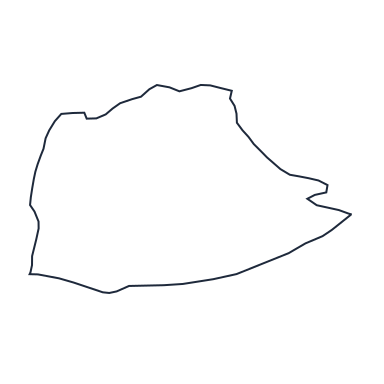 the district of VI-3 Black Bush Polder, East Berbice-Corentyne, Guyana, rotated 95°
{"feature_id": "73187651B65372022493743", "entity_name": "VI-3 Black Bush Polder", "entity_type": "district", "adm_level": 2, "iso_a3": "GUY", "parent_name": "Guyana", "parent_adm1": "East Berbice-Corentyne", "projection": "equal_earth", "projection_center": [-57.284, 6.065], "detail": "fine", "context": "isolated", "style": "outline", "palette": "slate", "viewbox_px": 384, "rotation_deg": 95, "n_neighbors": 0, "source": "geoboundaries", "source_scale": "gbopen_adm2", "svg_char_len": 1096}
<svg xmlns="http://www.w3.org/2000/svg" viewBox="0 0 384 384"><g transform="rotate(95 192 192)"><path d="M288.0,346.6L287.5,338.3L289.6,316.9L292.5,302.1L299.7,272.1L299.8,265.6L297.6,258.4L291.1,246.6L287.3,211.9L284.4,193.1L277.0,163.2L269.9,140.5L244.4,90.2L241.4,86.0L233.3,74.5L224.6,58.1L217.5,49.3L200.8,31.8L200.3,31.8L199.9,34.0L197.2,44.1L195.9,54.1L194.3,66.6L188.7,76.5L184.2,69.4L180.7,58.2L173.3,57.6L169.5,67.0L168.1,76.9L167.1,86.6L166.3,96.0L161.5,105.9L151.0,120.3L145.0,127.3L138.9,134.6L132.2,140.5L126.2,147.0L119.1,153.3L110.1,154.5L102.5,157.1L95.6,162.3L87.7,161.2L85.8,173.4L84.2,183.1L84.6,192.6L88.6,201.5L92.8,213.3L89.7,223.5L88.5,236.3L93.3,243.4L101.5,251.1L104.7,259.7L109.8,271.3L115.8,278.4L122.2,284.7L127.0,293.7L128.1,303.3L122.4,306.2L123.7,317.7L125.6,329.0L133.4,334.8L143.0,339.6L151.2,342.5L161.9,343.7L168.8,345.8L177.8,348.2L185.4,349.8L192.7,350.7L202.2,351.5L211.2,352.1L219.1,352.2L225.2,347.2L234.8,342.3L241.7,341.6L252.6,343.0L261.6,344.4L269.8,345.7L278.8,345.0L286.0,345.9L288.0,346.6Z" fill="none" stroke="#1e293b" stroke-width="2"/></g></svg>